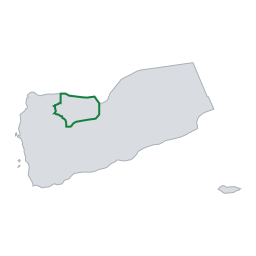 Khab wa Ash Sha'f, Al Jawf, Yemen (highlighted)
{"feature_id": "15242507B11673803403546", "entity_name": "Khab wa Ash Sha'f", "entity_type": "district", "adm_level": 2, "iso_a3": "YEM", "parent_name": "Yemen", "parent_adm1": "Al Jawf", "projection": "mercator", "projection_center": [45.303, 16.593], "detail": "fine", "context": "in_parent", "style": "outline", "palette": "green", "viewbox_px": 256, "rotation_deg": 0, "n_neighbors": 0, "source": "geoboundaries", "source_scale": "gbopen_adm2", "svg_char_len": 5275}
<svg xmlns="http://www.w3.org/2000/svg" viewBox="0 0 256 256"><path d="M213.8,109.1L204.3,112.6L201.8,114.2L199.5,116.1L197.8,118.5L196.6,122.7L197.5,126.5L197.4,128.6L195.0,129.9L192.7,130.9L190.2,132.4L188.6,132.8L187.4,134.0L185.9,134.8L180.6,137.0L174.8,138.6L165.6,140.6L162.1,142.8L158.8,144.3L153.9,144.7L147.2,146.8L143.4,148.4L138.8,151.1L137.8,152.0L136.9,153.9L135.5,155.6L132.7,158.4L130.6,159.9L129.2,159.9L126.5,160.7L123.2,160.9L117.8,159.9L116.4,160.6L115.3,161.7L111.1,163.6L106.9,167.4L103.8,168.4L98.7,169.6L95.2,171.2L92.8,171.8L89.8,172.2L84.2,172.0L78.8,172.6L73.9,173.6L71.6,175.7L68.9,178.9L64.6,180.2L63.6,181.4L62.2,183.8L59.4,184.4L56.9,184.8L54.3,183.7L49.4,186.6L47.6,187.1L44.8,187.2L42.8,187.8L41.4,187.6L39.6,186.5L35.8,185.1L33.0,186.0L32.8,183.3L28.2,175.0L29.2,167.8L29.2,166.8L28.3,163.6L25.5,160.6L25.6,156.9L24.7,154.2L24.0,151.4L24.2,150.7L24.3,150.0L22.9,145.8L22.4,144.9L22.2,144.0L22.7,143.4L22.7,142.6L21.9,141.3L21.1,138.8L17.4,136.8L18.2,135.0L18.9,135.6L19.9,136.2L20.1,135.0L20.1,134.1L18.5,128.6L20.8,121.2L20.1,114.5L23.6,111.8L24.5,111.0L25.0,110.3L25.8,108.8L27.0,108.3L27.4,106.7L27.3,105.9L26.6,105.2L26.0,103.3L26.2,101.0L26.4,100.0L26.8,98.1L28.0,97.5L28.3,96.9L27.4,95.8L27.4,95.1L29.5,93.2L30.4,92.6L31.7,92.0L32.8,92.0L34.0,92.4L35.1,92.9L36.2,93.9L37.3,95.0L39.0,95.4L40.2,95.3L41.1,95.8L41.9,95.5L42.8,94.9L44.3,95.0L45.6,94.3L49.4,94.0L53.0,94.2L56.7,93.7L60.5,93.7L64.3,93.8L65.1,93.8L66.0,94.2L69.2,95.9L71.6,96.2L76.5,96.7L81.7,97.2L86.2,97.6L90.0,97.2L93.2,96.9L94.1,97.0L95.0,98.0L96.9,100.6L98.7,103.1L101.9,103.2L103.9,102.3L106.1,101.0L107.5,100.0L109.1,96.0L110.1,93.3L112.4,90.4L114.4,88.0L117.0,84.7L118.4,82.9L121.3,79.3L124.0,77.9L129.2,75.3L134.3,72.6L137.6,70.9L140.5,70.1L145.2,69.4L150.8,68.6L156.4,67.9L162.4,67.0L169.0,66.1L173.6,65.4L179.4,64.6L184.2,63.9L188.5,63.3L192.9,62.7L193.8,64.6L194.6,66.6L195.4,68.6L196.3,70.6L197.1,72.6L197.9,74.6L198.8,76.6L199.6,78.5L200.4,80.5L201.3,82.5L202.1,84.5L202.9,86.4L203.8,88.4L204.6,90.4L205.4,92.4L206.3,94.3L207.1,96.3L208.4,96.9L209.2,98.7L210.4,101.3L211.5,103.9L212.7,106.5L213.8,109.1ZM226.6,187.2L227.7,187.4L229.5,186.8L234.5,186.7L240.6,188.8L239.5,189.4L238.8,190.2L236.1,190.9L233.5,192.5L225.7,193.3L223.4,192.9L221.6,191.3L218.1,189.2L219.5,187.9L219.8,187.3L220.3,186.7L222.3,185.7L224.2,185.8L226.6,187.2ZM19.8,161.4L19.6,161.8L19.3,161.7L18.1,160.7L19.4,159.5L20.1,160.6L19.8,161.4ZM16.1,135.5L15.5,135.9L15.4,135.1L15.7,133.4L16.4,132.9L16.8,134.2L16.5,134.9L16.1,135.5ZM19.3,166.6L18.0,167.2L18.9,165.6L19.7,165.3L20.0,165.4L19.3,166.6Z" fill="#d9dde1" stroke="#a8b0b8" stroke-width="1"/><path d="M99.2,103.2L98.9,102.8L98.6,102.4L98.3,102.0L98.0,101.5L97.7,101.1L97.4,100.7L97.1,100.3L96.8,99.9L96.5,99.5L96.2,99.1L95.9,98.6L95.7,98.2L95.4,97.8L95.1,97.4L94.8,97.0L94.5,96.6L94.0,96.7L93.6,96.7L93.1,96.8L92.7,96.9L92.2,96.9L91.8,97.0L91.3,97.0L90.9,97.1L90.4,97.2L90.0,97.2L89.5,97.3L89.1,97.3L88.6,97.4L88.2,97.5L87.7,97.5L87.3,97.6L86.8,97.6L86.3,97.5L85.8,97.5L85.3,97.5L84.7,97.4L84.2,97.4L83.7,97.4L83.3,97.3L82.7,97.3L82.2,97.3L81.7,97.2L81.3,97.1L80.7,97.1L80.2,97.0L79.7,96.9L79.2,96.9L78.7,96.8L78.2,96.8L77.7,96.7L77.2,96.6L76.7,96.6L76.2,96.5L75.6,96.4L75.1,96.4L74.6,96.3L74.1,96.2L73.6,96.2L73.1,96.1L72.6,96.1L72.1,96.0L71.6,95.9L71.1,95.9L70.6,95.8L70.1,95.7L69.5,95.7L69.1,95.6L68.6,95.4L68.2,95.1L67.8,94.9L67.3,94.6L66.9,94.4L66.5,94.1L66.0,93.9L65.6,93.6L65.1,93.6L64.6,93.6L64.2,93.6L63.7,93.6L63.2,93.6L62.7,93.6L62.2,93.6L61.7,93.6L61.2,93.6L60.9,93.6L60.7,93.6L60.6,94.7L60.6,97.6L60.6,99.8L60.6,101.2L60.6,103.2L59.4,103.1L59.1,103.3L58.9,103.3L58.7,103.4L58.7,103.5L58.6,103.8L58.4,104.0L58.2,104.0L57.9,104.1L57.7,104.3L57.4,104.4L57.2,104.4L57.0,104.5L56.9,104.5L56.7,104.5L56.4,104.7L56.2,104.8L55.9,104.9L55.9,105.0L55.7,105.1L55.4,105.1L55.2,105.1L54.9,105.2L54.8,105.3L54.7,105.5L54.4,105.8L54.2,106.0L53.9,106.1L54.1,106.3L54.3,106.3L54.7,106.5L54.8,106.5L55.0,106.6L55.0,107.1L55.1,107.3L55.1,107.5L55.1,108.4L55.2,108.9L55.2,109.0L55.3,109.2L55.3,109.3L55.5,109.7L55.5,109.8L55.6,110.1L55.7,110.5L55.8,110.9L55.8,111.1L55.7,111.3L55.6,111.6L54.7,112.9L54.6,113.2L54.5,113.3L54.8,113.3L55.0,113.4L55.3,113.5L55.5,113.6L55.8,113.8L55.9,114.0L56.0,114.0L56.3,114.2L56.4,114.3L56.5,114.3L56.8,114.3L57.0,114.3L57.3,114.3L57.5,114.4L57.8,114.4L57.9,114.5L58.0,114.5L58.3,114.6L58.5,114.7L58.7,114.8L58.8,114.8L59.1,115.0L59.3,115.1L59.5,115.3L59.7,115.5L59.8,115.6L60.0,115.8L60.2,116.0L60.3,116.0L60.6,116.1L60.8,116.2L61.0,116.2L61.3,116.2L61.5,116.2L62.0,116.2L62.3,117.1L62.3,117.3L62.4,118.1L63.0,118.3L63.3,118.4L63.9,118.6L64.3,119.0L64.5,119.2L65.0,119.7L65.4,120.0L65.5,120.2L65.6,120.7L65.7,121.1L65.8,121.2L66.1,122.1L66.3,126.7L66.9,126.7L69.5,126.7L70.1,126.7L70.4,126.7L70.6,126.6L70.9,126.5L71.0,126.3L71.2,126.1L71.4,125.9L71.5,125.9L71.8,125.4L72.2,124.9L72.6,124.2L73.3,123.5L73.5,123.4L73.7,123.2L74.2,122.8L74.6,122.6L74.9,122.4L75.0,122.4L75.3,122.2L75.5,122.1L76.0,121.9L76.3,121.8L76.6,121.7L76.9,121.6L77.0,121.6L77.5,121.5L77.8,121.5L79.5,121.2L80.4,121.0L85.8,120.1L88.7,119.6L95.6,118.7L96.2,118.0L99.2,114.6L99.2,110.8L99.2,108.5L99.2,107.4L99.2,106.2L99.3,105.5L99.2,105.5L99.2,104.6L99.2,103.7L99.2,103.2L99.2,103.2Z" fill="none" stroke="#15803d" stroke-width="2"/></svg>